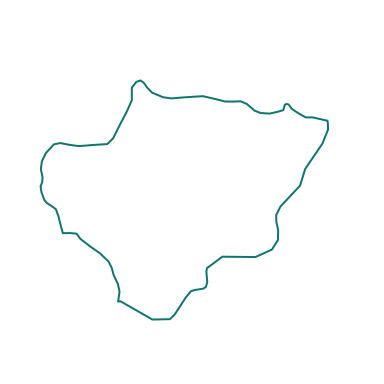 the Statistical Region of Novaci, rotated 348°
{"feature_id": "MKD-2947", "entity_name": "Novaci", "entity_type": "Statistical Region", "adm_level": 1, "iso_a3": "MKD", "parent_name": "North Macedonia", "parent_adm1": "", "projection": "equal_earth", "projection_center": [21.636, 41.014], "detail": "fine", "context": "isolated", "style": "outline", "palette": "teal", "viewbox_px": 384, "rotation_deg": 348, "n_neighbors": 0, "source": "natural_earth", "source_scale": "10m", "svg_char_len": 1277}
<svg xmlns="http://www.w3.org/2000/svg" viewBox="0 0 384 384"><g transform="rotate(348 192 192)"><path d="M253.0,266.1L240.5,268.8L208.3,261.6L190.8,269.6L189.5,272.8L188.2,283.3L185.8,287.8L182.7,288.9L173.8,288.4L170.2,288.9L164.0,293.9L149.5,308.3L144.0,311.8L126.7,308.5L99.3,284.0L97.0,283.7L100.2,275.0L100.4,274.0L100.4,266.7L98.1,256.9L97.7,249.5L95.9,242.6L89.2,232.8L81.0,224.0L73.1,214.7L70.5,208.8L64.5,206.9L57.1,205.4L56.7,199.0L56.3,187.7L55.2,180.4L50.7,175.5L47.7,172.6L45.9,169.1L44.7,160.8L45.1,154.9L47.4,151.5L48.9,146.6L48.9,138.3L50.1,134.8L51.5,130.9L57.1,123.6L66.8,116.7L73.2,116.7L82.5,120.6L90.9,123.6L105.5,125.5L119.0,127.5L126.0,123.1L135.8,110.8L144.7,100.1L152.2,89.8L154.8,77.6L155.1,77.3L160.4,72.7L164.9,72.2L167.5,75.1L170.1,81.0L173.5,86.4L183.2,93.2L191.4,96.2L202.6,97.6L216.4,99.6L222.8,100.6L236.2,106.9L243.3,110.4L251.9,112.3L258.3,113.3L263.9,117.2L270.2,125.5L275.5,129.0L284.1,131.4L292.3,131.4L298.3,130.9L300.9,126.0L302.7,125.5L304.7,126.5L306.9,131.4L312.1,136.8L318.8,142.7L325.6,144.1L338.9,150.3L339.3,150.4L339.2,153.1L338.0,159.3L329.6,171.8L307.5,193.0L299.1,208.1L299.0,208.3L275.6,224.5L269.5,232.2L268.3,238.9L268.3,247.7L266.0,256.9L258.2,264.9L253.0,266.1Z" fill="none" stroke="#0f766e" stroke-width="2"/></g></svg>